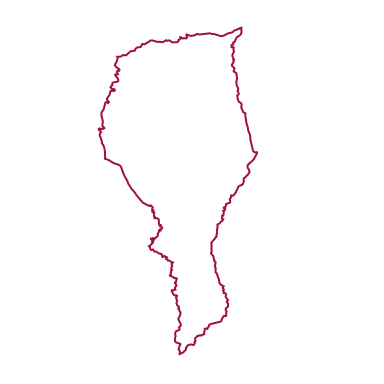 outline of Dbarwa, Debub, Eritrea, rotated 259°
{"feature_id": "51966322B75785084399425", "entity_name": "Dbarwa", "entity_type": "district", "adm_level": 2, "iso_a3": "ERI", "parent_name": "Eritrea", "parent_adm1": "Debub", "projection": "mercator", "projection_center": [38.641, 15.102], "detail": "fine", "context": "isolated", "style": "outline", "palette": "rose", "viewbox_px": 384, "rotation_deg": 259, "n_neighbors": 0, "source": "geoboundaries", "source_scale": "gbopen_adm2", "svg_char_len": 6055}
<svg xmlns="http://www.w3.org/2000/svg" viewBox="0 0 384 384"><g transform="rotate(259 192 192)"><path d="M212.3,258.9L217.7,263.3L218.3,263.4L218.8,263.2L218.9,261.4L219.3,260.7L220.7,259.8L232.2,259.3L236.4,259.9L242.0,258.9L245.2,259.1L248.7,258.6L257.1,258.9L259.0,259.5L260.7,257.4L263.0,257.1L265.3,256.4L268.4,257.5L269.3,257.3L270.0,257.0L271.5,255.4L272.4,255.0L275.8,254.6L278.3,254.9L278.6,255.9L279.1,256.5L280.5,256.6L282.5,256.0L283.9,257.1L286.0,256.9L287.6,256.2L291.7,256.5L294.9,257.9L298.8,258.2L300.5,258.0L302.4,255.9L305.2,257.3L306.8,256.5L307.9,255.5L308.8,255.3L309.4,255.5L312.1,258.0L313.7,257.6L314.0,257.8L314.1,258.5L316.8,257.6L318.5,257.7L320.6,258.9L322.0,260.1L323.8,259.8L325.9,260.5L326.4,260.2L326.5,258.7L326.8,258.4L328.8,259.0L329.0,260.6L330.8,261.0L331.2,261.5L331.1,262.3L331.7,263.0L333.9,264.2L335.7,265.9L336.0,267.5L337.3,269.9L339.6,271.2L342.4,271.4L343.8,271.8L343.9,270.6L343.0,268.9L343.2,268.0L342.5,265.9L342.5,264.4L341.1,262.3L340.7,256.8L339.6,253.8L339.3,251.4L339.6,249.9L342.9,243.7L343.4,241.4L344.4,239.9L345.1,230.0L345.6,228.2L346.3,227.1L345.3,224.6L345.4,220.6L347.6,216.7L346.5,216.3L344.8,216.7L343.8,215.7L344.6,213.5L344.4,212.1L344.7,211.6L345.8,211.0L346.3,210.1L344.2,209.3L343.9,208.8L344.0,207.9L342.5,207.3L341.9,206.3L342.5,201.9L343.1,200.6L344.8,199.2L345.3,198.0L345.1,196.3L345.9,195.6L345.8,195.2L344.8,192.5L344.7,191.4L345.7,188.9L345.7,187.3L348.4,181.9L348.6,180.0L347.6,178.3L347.5,177.4L346.0,173.7L346.8,171.4L344.1,169.2L344.3,165.5L343.2,163.6L341.8,163.1L341.6,160.6L342.0,159.3L341.7,158.2L338.8,153.4L339.5,150.3L338.7,148.5L338.6,147.2L339.0,144.4L337.7,144.6L336.1,143.9L333.5,142.3L332.0,140.8L330.8,140.5L328.6,141.9L326.4,144.0L325.4,144.1L324.8,143.5L325.2,141.9L324.7,141.4L323.9,141.2L321.7,141.7L322.0,139.0L321.7,138.9L320.8,139.1L317.3,141.0L315.8,141.1L315.0,140.7L314.5,139.9L314.6,135.9L314.3,134.8L313.2,134.3L311.9,134.1L311.4,132.8L310.2,132.0L308.7,132.9L307.4,135.7L306.3,135.5L306.0,134.6L306.7,132.7L306.5,131.2L302.8,129.4L299.9,126.3L298.8,126.2L296.0,127.6L295.3,126.6L296.3,125.7L296.5,124.2L290.0,121.0L287.3,118.4L285.0,117.7L278.6,118.0L273.9,116.6L273.2,116.7L272.5,117.8L271.4,118.1L270.8,116.1L271.2,114.6L272.1,113.5L271.7,112.5L270.3,112.6L269.5,113.5L268.2,114.2L266.6,112.7L265.0,112.2L263.4,112.6L258.7,113.2L257.3,112.8L254.8,113.9L251.7,114.4L247.6,114.2L244.6,113.5L242.8,113.5L241.3,112.9L239.2,116.4L235.2,120.7L232.9,125.1L230.7,127.0L221.1,128.6L215.7,130.5L212.1,131.1L206.5,133.4L202.2,135.9L199.9,136.7L191.0,141.6L187.4,146.0L186.9,147.2L186.3,147.7L186.7,149.0L184.5,150.5L182.3,149.4L181.7,150.5L180.7,150.7L180.7,149.6L180.2,149.2L179.7,149.4L178.5,151.0L176.3,150.1L175.3,150.1L174.6,150.8L173.4,150.3L173.0,152.6L171.9,153.9L171.1,154.1L166.4,153.4L165.5,154.9L164.4,154.1L164.0,155.3L162.6,155.9L162.0,155.8L161.6,154.1L160.3,153.8L161.0,152.6L160.7,152.3L159.4,152.2L158.9,151.5L157.5,150.4L155.9,150.2L154.9,149.4L153.8,146.9L153.1,146.3L153.1,145.9L154.2,144.8L154.0,144.3L154.1,142.8L153.5,142.7L152.6,143.8L152.4,144.9L152.1,145.2L151.8,144.9L151.6,143.7L151.0,143.3L150.3,144.2L149.6,143.9L149.3,143.0L148.4,142.3L148.2,141.5L147.5,140.7L147.0,139.3L145.6,140.2L144.1,140.2L143.0,140.7L142.8,141.4L143.1,142.6L140.6,143.9L140.2,145.7L137.9,147.9L136.9,150.3L133.8,150.6L133.7,150.9L134.6,152.6L133.3,153.7L132.9,154.7L132.7,154.9L131.6,153.7L131.2,153.7L130.3,155.2L129.3,155.3L129.0,156.7L127.9,157.6L126.5,159.8L125.6,159.1L125.2,158.2L123.0,158.5L122.3,157.5L120.8,157.0L119.2,157.6L118.7,156.5L117.9,156.4L116.8,155.7L115.0,155.6L114.6,154.5L114.1,154.3L112.1,157.2L110.8,158.2L110.8,159.7L109.7,160.6L108.7,159.8L106.8,159.2L106.4,158.0L105.9,157.7L104.2,158.8L103.5,158.9L102.9,158.7L101.8,157.4L100.3,156.7L99.4,157.0L99.4,155.9L99.0,155.0L99.4,153.5L98.9,153.2L95.5,154.0L94.3,154.7L93.9,155.2L93.5,157.2L93.1,157.5L92.9,157.6L91.5,156.1L87.7,156.7L86.6,155.8L85.8,155.5L83.4,155.9L81.9,157.3L81.2,157.2L80.0,156.2L79.6,156.8L78.9,157.2L77.3,157.0L76.0,157.7L75.3,157.7L72.6,156.4L71.2,155.1L69.8,154.3L65.0,155.6L63.1,155.6L62.6,155.2L61.8,153.5L59.8,153.6L59.2,153.3L58.8,152.5L58.6,150.1L57.4,149.0L55.9,148.3L53.7,148.4L51.9,147.5L48.7,146.9L47.4,147.6L45.4,151.3L44.7,151.6L43.3,150.3L41.5,149.7L40.5,148.8L37.7,149.7L35.4,149.0L36.0,152.2L36.8,153.7L38.7,156.1L40.4,156.4L40.8,157.3L41.9,158.1L42.6,159.4L42.5,162.2L41.5,164.1L41.8,164.8L43.1,165.9L44.3,165.8L44.9,167.0L47.1,166.9L48.1,167.4L48.7,168.8L49.7,169.8L49.4,170.7L49.9,172.2L49.3,173.7L49.7,174.1L50.1,176.9L51.7,176.9L53.1,177.8L55.3,178.5L55.4,179.2L54.7,181.0L56.1,181.8L57.0,183.2L58.2,183.4L58.8,184.8L59.3,195.3L59.7,196.2L61.2,196.8L63.8,199.0L64.3,199.9L63.7,200.9L63.8,201.7L64.2,202.1L66.1,202.2L68.0,203.2L68.5,203.2L69.3,202.5L71.3,203.0L72.4,205.1L72.9,205.5L75.3,206.1L77.5,205.1L77.9,205.3L78.7,206.7L82.9,205.0L85.1,205.9L86.2,205.5L86.8,203.9L87.3,203.8L88.5,204.1L89.4,203.7L89.6,204.4L90.3,204.6L92.2,203.8L93.4,205.1L95.4,202.6L97.2,201.7L101.1,201.7L105.0,201.0L106.9,201.0L108.5,199.9L111.0,200.2L112.2,200.7L113.4,200.4L114.7,200.6L115.5,200.3L116.2,200.9L118.8,201.8L120.4,200.6L121.2,200.9L122.8,200.6L124.8,200.8L127.8,199.0L128.8,199.1L129.8,200.0L133.0,200.3L134.9,200.9L138.7,201.4L141.8,205.5L142.7,206.0L143.1,207.2L143.8,207.7L144.8,207.6L146.5,208.7L148.4,208.9L151.7,209.9L152.6,210.5L154.9,210.6L155.4,211.0L155.9,213.0L157.5,214.9L157.9,216.2L159.2,217.4L159.5,216.7L160.1,216.4L161.2,216.5L162.1,217.2L162.9,216.9L163.1,217.2L163.1,218.2L163.6,218.6L165.8,219.3L167.4,219.0L167.5,220.3L168.9,221.4L169.4,221.2L169.7,220.2L170.7,220.3L171.0,220.9L171.2,222.3L173.7,223.1L174.3,227.2L175.4,227.8L177.6,227.6L179.2,229.2L181.2,229.8L180.5,231.5L181.1,232.7L182.2,233.5L183.1,235.0L184.5,235.6L186.4,237.3L188.2,238.2L189.3,240.7L189.5,242.6L190.1,243.5L192.5,244.9L194.4,245.0L195.4,245.4L196.5,247.7L197.6,248.6L197.9,249.6L200.4,252.2L203.0,252.2L205.2,251.2L207.4,251.6L208.4,252.5L208.6,253.4L209.5,253.9L209.8,255.1L212.3,258.9Z" fill="none" stroke="#9f1239" stroke-width="2"/></g></svg>